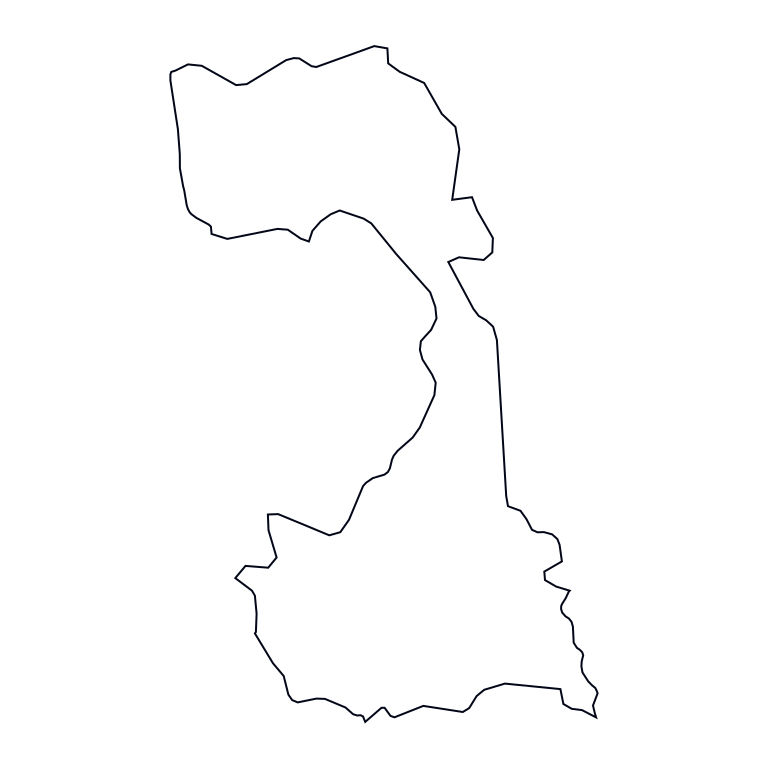 the border of Vercelli
{"feature_id": "ITA-5436", "entity_name": "Vercelli", "entity_type": "Province", "adm_level": 1, "iso_a3": "ITA", "parent_name": "Italy", "parent_adm1": "", "projection": "mercator", "projection_center": [8.234, 45.554], "detail": "fine", "context": "isolated", "style": "outline", "palette": "ink", "viewbox_px": 768, "rotation_deg": 0, "n_neighbors": 0, "source": "natural_earth", "source_scale": "10m", "svg_char_len": 2089}
<svg xmlns="http://www.w3.org/2000/svg" viewBox="0 0 768 768"><path d="M268.2,567.7L276.6,557.5L268.5,530.2L267.9,514.5L278.1,514.1L329.3,535.3L340.3,532.2L349.0,519.8L363.1,486.0L366.1,482.7L372.8,478.1L384.5,474.6L387.9,472.0L389.9,468.3L392.0,459.6L393.7,455.7L397.7,450.7L412.7,437.5L419.8,427.5L434.4,395.1L435.7,382.7L432.1,374.6L422.5,359.5L419.9,349.9L420.9,341.2L425.2,336.3L431.1,329.9L436.5,318.5L435.3,306.8L430.2,292.3L396.1,253.9L371.3,223.4L363.6,218.6L339.7,210.5L330.8,214.2L320.7,221.4L312.4,230.9L308.9,241.5L300.7,238.6L287.8,229.7L277.4,228.9L227.3,238.9L211.6,234.0L210.9,226.6L208.8,224.6L196.4,217.9L191.2,214.0L189.5,212.0L187.9,209.0L186.7,205.1L184.2,190.3L183.1,186.1L179.9,168.3L179.8,154.1L177.9,129.2L170.4,80.5L170.4,74.3L171.3,71.9L175.4,70.6L188.0,64.4L201.8,65.8L236.1,85.1L246.8,84.1L286.2,60.1L293.7,58.1L299.2,58.4L311.6,66.2L316.3,67.0L374.3,46.1L387.4,48.4L388.2,63.4L399.7,71.8L424.2,83.0L441.8,113.9L455.4,126.9L459.3,149.3L452.2,199.8L472.0,197.2L477.1,210.5L492.9,238.0L492.3,252.4L483.7,260.0L459.0,257.3L448.3,262.0L473.4,308.9L478.8,316.0L486.2,320.3L493.1,326.7L496.9,340.0L506.2,496.0L508.0,506.2L520.5,510.8L526.5,519.2L532.0,529.8L537.5,532.3L543.9,532.1L552.2,534.4L557.4,539.1L559.6,544.9L561.9,561.4L544.3,571.6L545.0,580.1L556.2,586.6L569.7,590.7L568.7,591.8L565.7,598.2L562.1,603.9L561.2,606.0L561.1,609.0L562.2,612.6L565.6,616.4L568.9,618.5L571.5,621.8L572.9,626.6L573.7,642.7L576.9,647.8L579.8,649.8L582.2,652.2L583.2,655.3L581.7,661.4L581.4,666.4L582.5,672.5L588.1,681.2L592.0,685.3L595.3,688.0L596.7,690.8L597.6,693.3L593.0,705.5L594.8,713.2L596.1,717.4L582.0,710.1L571.7,708.8L563.4,704.0L560.4,689.1L504.9,683.6L484.2,689.8L476.6,696.1L469.2,708.1L462.8,712.0L423.3,705.9L394.5,717.3L390.5,715.9L384.6,707.8L381.5,707.8L365.2,721.9L363.0,716.4L360.4,715.2L357.2,715.5L353.1,714.2L345.5,707.5L325.0,698.9L316.4,698.6L297.7,702.4L292.2,700.1L288.4,694.7L283.7,676.0L273.0,663.3L254.9,633.4L255.9,632.0L256.6,613.7L254.9,595.7L252.0,590.7L235.3,578.1L245.5,565.9L268.2,567.7Z" fill="none" stroke="#020617" stroke-width="2"/></svg>